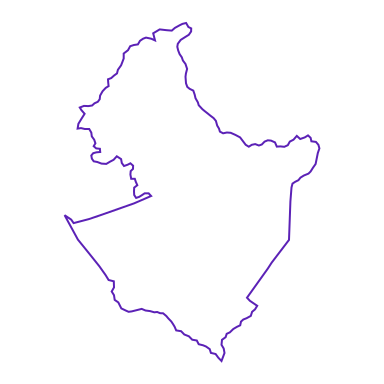 Nossa Senhora das Dores, Sergipe, Brazil
{"feature_id": "56859067B89950771275901", "entity_name": "Nossa Senhora das Dores", "entity_type": "district", "adm_level": 2, "iso_a3": "BRA", "parent_name": "Brazil", "parent_adm1": "Sergipe", "projection": "albers", "projection_center": [-37.249, -10.461], "detail": "fine", "context": "isolated", "style": "outline", "palette": "violet", "viewbox_px": 384, "rotation_deg": 0, "n_neighbors": 0, "source": "geoboundaries", "source_scale": "gbopen_adm2", "svg_char_len": 2846}
<svg xmlns="http://www.w3.org/2000/svg" viewBox="0 0 384 384"><path d="M310.6,137.8L308.0,135.4L304.8,137.4L300.2,139.0L296.8,135.9L293.5,139.7L289.8,141.6L287.8,145.2L284.3,146.8L280.4,146.4L276.8,146.6L275.0,142.4L271.0,140.6L267.8,140.3L264.6,141.6L261.8,144.5L258.9,145.5L255.2,144.1L251.8,144.8L248.8,146.7L245.7,144.8L243.2,141.5L240.1,137.4L235.4,134.9L230.7,132.8L226.9,132.5L223.1,133.3L219.9,131.6L219.0,128.6L217.2,125.6L215.9,120.9L213.6,118.1L210.3,115.6L208.1,113.8L204.8,111.2L202.4,109.2L198.7,105.2L197.9,102.4L195.5,98.2L194.7,94.7L193.3,90.6L189.6,88.8L187.3,86.9L186.0,83.3L185.5,76.8L185.9,73.6L187.1,68.9L185.5,64.0L182.9,60.5L181.8,57.3L179.6,54.1L178.2,50.5L177.3,46.8L177.8,43.8L180.7,39.9L185.9,36.6L188.8,34.8L191.1,31.5L191.2,28.4L188.4,27.0L186.1,23.0L182.4,23.9L179.6,25.3L174.9,27.9L171.8,30.6L166.6,30.2L159.7,29.4L153.2,33.3L155.0,40.4L151.2,38.7L146.0,37.6L143.1,38.7L140.0,40.8L137.9,44.4L133.9,45.0L130.2,46.2L128.0,50.2L123.7,53.5L123.7,58.5L122.3,62.2L121.1,65.3L117.9,69.8L117.0,73.4L114.1,75.5L111.2,78.1L108.0,79.3L108.2,82.5L108.6,86.1L105.7,87.9L102.6,91.2L100.1,95.6L99.7,99.2L97.8,101.8L94.5,103.3L92.1,105.5L88.4,106.1L84.0,105.9L79.8,107.5L81.4,110.1L84.6,113.8L81.5,118.7L78.4,123.8L77.6,128.6L81.0,128.1L84.8,129.0L89.2,129.0L91.3,132.6L91.8,136.4L94.2,139.7L95.4,143.3L93.7,146.2L96.2,148.4L99.9,148.8L100.2,152.0L96.5,152.3L93.2,153.2L91.3,155.5L91.9,158.7L93.7,161.3L97.3,162.0L101.5,163.6L106.3,163.9L110.0,161.7L113.6,159.8L116.8,156.3L121.1,159.1L121.8,163.0L124.0,166.0L127.7,164.7L130.4,163.3L133.1,165.7L133.0,168.9L130.7,171.1L130.4,174.5L131.2,178.8L134.8,178.8L135.8,181.8L137.3,185.2L134.2,187.6L134.0,191.4L134.2,195.0L136.1,197.9L139.1,196.9L141.7,195.3L144.7,193.3L148.6,193.3L151.1,196.0L134.0,203.4L122.9,207.3L100.1,215.3L88.9,219.1L73.6,223.1L71.2,219.6L64.6,215.2L77.9,239.6L88.9,253.2L99.3,266.2L105.6,275.1L108.6,280.0L113.8,281.3L114.0,287.4L111.7,291.5L114.0,295.2L114.7,299.9L118.3,302.4L121.3,308.4L125.9,310.6L128.6,311.8L131.7,311.4L141.7,308.9L145.5,310.5L150.1,311.1L154.3,312.3L157.2,312.0L160.1,313.2L163.1,313.3L166.3,316.0L168.4,318.5L171.3,321.5L173.1,324.2L174.6,326.7L176.2,330.4L181.1,331.2L184.3,334.5L188.9,336.3L192.2,339.7L196.8,340.5L198.7,344.2L203.1,345.3L206.0,346.5L209.7,349.1L210.9,352.9L215.6,354.0L218.3,357.7L221.5,361.0L224.5,353.0L223.7,348.5L221.5,344.8L222.0,339.8L225.6,337.2L226.7,333.8L229.8,332.4L233.3,329.0L237.0,326.8L240.2,325.3L241.0,321.6L243.3,319.5L246.6,318.2L250.8,315.9L252.1,311.8L255.0,309.4L257.2,305.8L249.9,300.8L247.0,297.7L267.8,268.6L271.7,262.6L289.0,239.9L290.4,201.4L291.5,187.5L292.5,183.6L295.2,181.8L298.4,180.2L300.5,177.6L303.9,175.5L308.5,173.6L310.6,171.5L313.0,167.7L315.6,164.0L317.8,153.1L319.4,148.4L318.4,144.8L315.9,141.9L311.4,141.3L310.6,137.8Z" fill="none" stroke="#5b21b6" stroke-width="2"/></svg>